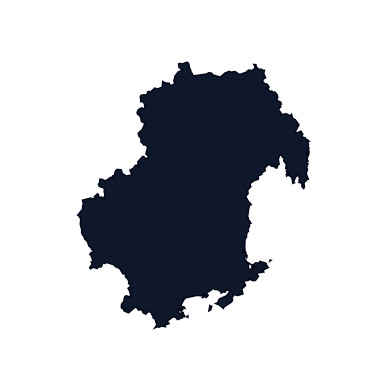 the border of Maga Buryatdan, rotated 327°
{"feature_id": "RUS-2615", "entity_name": "Maga Buryatdan", "entity_type": "Region", "adm_level": 1, "iso_a3": "RUS", "parent_name": "Russia", "parent_adm1": "", "projection": "albers", "projection_center": [153.715, 62.596], "detail": "fine", "context": "isolated", "style": "filled", "palette": "ink", "viewbox_px": 384, "rotation_deg": 327, "n_neighbors": 0, "source": "natural_earth", "source_scale": "10m", "svg_char_len": 6033}
<svg xmlns="http://www.w3.org/2000/svg" viewBox="0 0 384 384"><g transform="rotate(327 192 192)"><path d="M186.1,299.6L180.9,300.5L179.2,305.2L173.9,303.7L170.9,300.3L170.5,301.5L167.8,302.5L167.6,304.3L165.4,305.8L156.5,305.8L154.9,306.7L153.3,301.7L151.1,298.4L153.1,298.8L156.6,296.6L164.1,297.8L170.4,295.8L167.5,293.1L165.1,294.0L163.9,292.8L161.3,292.6L161.9,291.3L160.4,287.9L158.2,286.4L156.4,283.4L155.2,284.8L148.9,284.5L149.3,287.5L146.8,288.2L146.2,288.0L146.6,286.7L142.6,286.3L146.8,285.1L146.8,284.3L144.2,284.8L139.8,281.4L129.2,277.4L126.7,277.9L125.8,276.8L125.1,277.1L125.8,278.2L121.9,280.5L120.5,280.3L121.3,281.9L120.9,282.9L122.7,284.0L122.7,285.7L121.3,284.9L118.9,286.0L117.8,285.5L117.1,284.3L117.9,283.0L117.3,282.8L115.5,285.1L115.2,288.2L116.4,288.5L117.3,287.3L117.1,288.8L118.0,287.6L119.1,288.3L118.1,290.0L118.5,291.4L117.9,292.5L116.6,291.1L115.7,292.3L110.3,291.1L109.9,287.5L107.3,286.4L101.5,286.8L100.5,287.7L101.3,289.2L100.9,290.0L97.4,288.7L96.5,290.6L92.5,287.3L91.4,287.8L89.3,286.1L86.7,285.7L90.2,284.3L91.8,277.9L90.8,276.2L91.9,274.5L91.4,272.8L92.1,271.8L91.9,270.6L90.3,268.4L86.8,269.3L85.1,266.5L85.9,263.2L82.7,261.9L83.0,260.3L82.0,257.6L73.0,258.8L70.5,255.1L70.3,253.9L71.4,253.0L70.0,251.8L69.8,250.3L71.8,247.7L75.8,246.4L76.3,245.1L79.0,243.0L80.4,243.3L82.5,245.9L84.4,245.1L85.8,240.7L85.9,237.9L88.9,237.7L89.7,236.2L89.0,234.2L90.3,232.8L90.7,229.8L90.0,227.0L91.5,224.0L89.4,223.0L89.7,216.9L87.0,212.5L87.1,210.8L82.1,204.7L79.7,204.3L78.9,202.7L75.2,205.4L72.7,204.0L70.8,204.5L68.0,201.1L65.2,201.3L65.0,199.7L69.1,198.0L69.3,195.8L70.4,196.2L72.1,195.2L71.6,194.1L72.4,193.4L72.2,192.0L72.8,190.2L72.3,188.7L74.5,187.7L76.0,188.6L77.5,187.4L76.4,185.5L77.1,184.4L76.1,181.1L77.3,176.5L76.4,172.9L77.1,170.5L76.8,167.9L77.4,165.7L78.9,163.8L80.8,158.1L83.9,154.2L84.1,150.8L83.4,149.2L91.1,146.7L92.8,143.9L94.3,143.0L95.7,139.2L103.5,141.8L106.7,145.0L107.8,144.2L107.4,142.8L111.8,142.0L112.1,143.6L111.5,144.2L111.2,145.9L113.2,146.8L112.9,148.1L113.4,148.9L114.5,148.1L115.3,149.2L118.0,146.0L118.3,144.1L119.7,142.5L120.3,140.6L117.2,136.6L118.0,135.7L117.7,134.5L119.6,133.9L121.7,131.1L123.3,132.2L125.4,135.5L131.7,135.4L133.2,136.5L134.1,135.3L136.1,135.7L138.8,132.9L141.3,132.2L144.7,134.7L143.7,138.6L145.6,142.8L151.0,144.9L151.4,144.6L151.2,143.0L151.9,139.8L155.9,140.1L158.7,138.8L160.5,139.4L161.5,141.4L162.8,137.2L170.1,135.3L171.3,137.1L170.9,139.6L174.5,138.8L174.9,138.4L174.0,135.0L179.4,130.0L178.5,127.1L177.0,126.0L177.2,124.6L176.4,122.3L178.4,119.4L177.9,115.9L178.9,113.4L184.4,112.4L188.8,109.6L189.6,107.9L188.0,105.5L189.4,101.9L189.7,99.2L188.7,97.2L189.2,95.3L191.7,93.8L194.4,93.7L196.1,94.4L196.5,96.4L198.6,95.4L200.2,92.0L199.8,89.1L198.1,88.3L199.7,86.1L200.2,84.2L201.9,83.1L205.4,84.7L206.2,86.1L209.7,83.8L211.3,84.7L211.4,85.7L217.2,84.5L219.5,86.9L224.2,87.8L227.6,83.4L229.4,86.3L232.1,88.3L231.6,90.4L234.1,91.8L237.4,91.2L237.0,89.2L241.1,85.4L245.9,83.8L250.4,84.7L249.0,80.4L250.4,77.3L251.5,77.3L253.6,79.3L258.5,80.4L259.0,81.4L259.0,83.1L257.6,86.2L257.1,89.6L256.4,90.9L256.7,93.3L256.2,94.2L256.7,95.5L268.6,101.0L271.1,101.1L273.1,102.9L273.3,105.0L273.9,105.9L278.3,111.0L284.5,110.2L289.0,111.1L290.0,112.7L293.8,114.5L295.6,119.0L296.7,119.6L302.4,121.0L305.8,120.5L308.4,122.7L311.8,122.6L313.1,121.3L313.3,118.7L314.9,120.0L314.0,122.8L314.6,123.9L314.5,125.2L317.1,126.9L318.1,129.0L319.0,129.4L316.6,131.9L316.0,136.2L313.1,136.2L311.3,138.1L312.3,141.6L313.2,141.7L314.0,143.8L313.4,145.1L313.8,145.9L312.8,145.9L311.8,147.5L311.9,148.6L312.6,150.3L313.9,150.8L314.4,152.6L316.0,153.3L316.4,157.1L315.5,159.3L313.0,161.2L315.3,165.0L314.9,167.0L312.8,167.4L312.9,168.9L310.1,169.6L309.2,171.3L309.7,172.4L309.5,175.9L313.5,177.6L315.9,181.4L317.8,181.1L316.6,185.1L318.0,187.6L318.3,193.9L310.9,198.1L312.7,199.7L316.4,200.2L316.5,203.8L314.0,205.4L316.5,208.3L316.2,210.2L317.0,210.5L317.9,213.3L316.5,212.9L315.8,214.9L315.0,214.9L315.6,215.6L314.1,216.8L314.3,218.2L312.1,220.8L312.4,221.4L311.5,222.8L309.9,221.3L310.5,223.4L310.3,224.1L309.0,223.2L309.1,224.8L306.4,227.1L306.2,229.3L304.8,229.1L304.1,230.5L304.7,231.4L301.5,233.8L301.3,235.7L297.7,238.9L296.5,244.6L294.8,243.5L294.2,244.9L293.0,244.3L290.9,245.6L291.1,244.2L289.3,248.7L287.6,249.9L287.2,247.3L288.3,247.1L287.9,246.1L288.5,244.9L288.4,243.8L287.0,242.3L288.3,242.2L287.9,240.7L289.5,239.5L290.4,235.6L286.9,235.9L282.5,239.2L282.8,240.0L281.3,239.7L283.7,234.1L282.2,231.0L282.5,230.0L280.1,230.3L280.5,228.8L283.1,228.7L281.8,228.0L282.6,227.1L282.4,226.0L283.7,225.8L284.3,224.2L283.2,223.4L286.5,220.2L285.9,219.6L286.3,218.6L285.9,218.1L286.6,216.7L285.7,216.1L287.7,213.7L286.8,212.3L287.3,211.7L286.1,208.3L282.1,211.7L280.2,216.2L277.7,216.0L277.8,217.0L276.1,218.2L275.0,216.8L275.4,213.3L274.3,215.0L272.5,213.5L272.8,211.7L270.2,210.8L266.1,211.4L265.1,214.0L260.9,214.0L260.1,215.3L256.8,214.5L254.5,217.4L250.3,216.3L245.6,216.5L244.1,218.7L244.3,219.5L239.5,220.9L238.2,223.9L234.7,224.9L234.1,229.6L234.8,234.9L233.2,234.5L230.8,236.5L224.7,243.6L225.2,244.1L224.4,245.5L224.5,250.2L223.3,249.5L221.8,251.8L218.4,254.1L218.2,255.6L215.6,256.3L213.2,259.4L210.5,260.8L208.5,263.7L208.5,262.8L204.4,270.4L203.7,273.6L203.8,271.1L204.8,269.2L202.4,270.1L203.4,273.0L203.5,275.7L202.3,276.6L202.9,275.2L199.6,276.0L199.8,280.2L202.0,284.9L199.7,282.2L199.3,284.7L197.5,286.9L198.5,288.5L200.9,288.9L201.8,286.4L202.5,286.1L202.2,288.1L202.9,289.5L204.6,289.5L203.0,287.6L202.9,285.7L204.9,286.7L206.2,285.8L209.9,288.2L211.1,287.1L215.0,291.7L215.2,292.8L214.3,293.1L214.9,294.9L214.2,295.4L214.9,296.8L209.0,296.3L208.7,298.2L203.2,295.8L201.5,296.5L202.0,298.9L197.2,300.7L194.9,299.7L193.3,297.1L191.6,296.7L192.8,294.9L190.9,296.6L186.6,295.0L186.3,297.7L185.3,297.8L186.3,298.3L186.1,299.6ZM145.1,297.0L146.3,298.6L143.5,301.0L141.4,300.9L145.1,297.0ZM120.4,294.9L119.5,293.6L121.1,293.5L120.4,294.9ZM219.7,292.3L220.6,291.6L221.1,292.3L219.7,292.3Z" fill="#0f172a" stroke="#020617" stroke-width="1.5"/></g></svg>